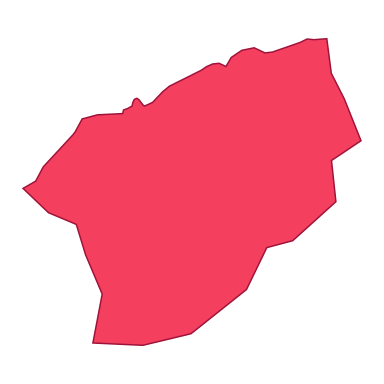 an SVG outline of Bartın
{"feature_id": "TUR-5521", "entity_name": "Bartın", "entity_type": "Province", "adm_level": 1, "iso_a3": "TUR", "parent_name": "Turkey", "parent_adm1": "", "projection": "natural_earth1", "projection_center": [32.482, 41.593], "detail": "fine", "context": "isolated", "style": "filled", "palette": "rose", "viewbox_px": 384, "rotation_deg": 0, "n_neighbors": 0, "source": "natural_earth", "source_scale": "10m", "svg_char_len": 699}
<svg xmlns="http://www.w3.org/2000/svg" viewBox="0 0 384 384"><path d="M23.0,188.4L35.7,181.1L43.3,166.8L73.1,134.6L75.3,131.6L82.2,118.9L97.6,114.8L122.7,113.6L123.5,110.0L127.2,108.7L132.0,106.1L133.0,102.1L134.3,99.4L136.7,98.3L138.8,99.5L143.0,105.0L144.5,106.1L152.6,102.4L162.7,91.7L169.5,86.1L201.0,70.4L206.3,66.8L212.5,64.0L219.1,63.3L226.0,66.5L231.2,57.5L241.8,50.3L254.2,47.8L264.9,52.9L272.3,52.1L300.2,42.4L307.1,39.0L313.9,39.7L326.8,38.7L331.3,73.3L344.3,98.9L361.0,140.7L331.5,160.5L335.9,201.7L292.7,240.7L266.8,247.6L246.5,289.5L191.0,333.7L142.9,345.3L92.9,343.0L102.2,294.1L85.5,254.6L76.3,224.4L48.6,212.8L23.0,188.4Z" fill="#f43f5e" stroke="#9f1239" stroke-width="1.5"/></svg>